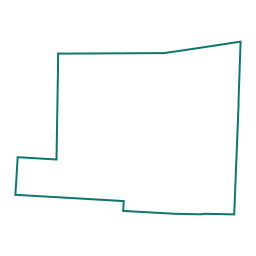 outline of Knox, Ohio, United States of America
{"feature_id": "52423323B4232054148696", "entity_name": "Knox", "entity_type": "district", "adm_level": 2, "iso_a3": "USA", "parent_name": "United States of America", "parent_adm1": "Ohio", "projection": "equal_earth", "projection_center": [-82.438, 40.406], "detail": "fine", "context": "isolated", "style": "outline", "palette": "teal", "viewbox_px": 256, "rotation_deg": 0, "n_neighbors": 0, "source": "geoboundaries", "source_scale": "gbopen_adm2", "svg_char_len": 341}
<svg xmlns="http://www.w3.org/2000/svg" viewBox="0 0 256 256"><path d="M17.7,157.2L15.4,194.8L123.7,201.1L123.2,210.9L174.9,213.8L200.7,214.3L204.9,213.8L234.2,214.4L238.6,103.8L238.5,102.0L240.6,41.6L224.5,44.1L178.5,51.0L163.6,53.1L65.6,53.6L58.1,53.5L58.0,68.0L56.5,159.5L17.7,157.2Z" fill="none" stroke="#0f766e" stroke-width="2"/></svg>